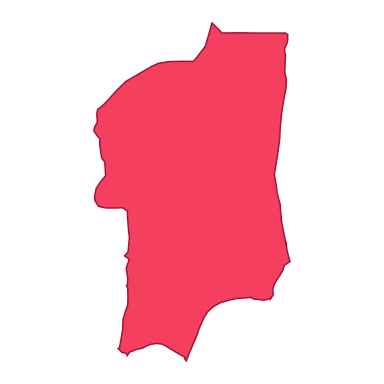 Potupo, River Gee, Liberia (Albers equal-area conic projection)
{"feature_id": "62588387B58359330496040", "entity_name": "Potupo", "entity_type": "district", "adm_level": 2, "iso_a3": "LBR", "parent_name": "Liberia", "parent_adm1": "River Gee", "projection": "albers", "projection_center": [-7.817, 5.334], "detail": "fine", "context": "isolated", "style": "filled", "palette": "rose", "viewbox_px": 384, "rotation_deg": 0, "n_neighbors": 0, "source": "geoboundaries", "source_scale": "gbopen_adm2", "svg_char_len": 2012}
<svg xmlns="http://www.w3.org/2000/svg" viewBox="0 0 384 384"><path d="M98.4,206.1L98.5,206.4L106.2,208.0L113.9,208.0L122.4,207.8L127.3,210.8L127.6,218.3L128.4,228.8L128.9,233.7L129.1,234.7L129.4,237.9L129.0,241.8L128.4,248.2L128.0,252.0L124.6,255.9L129.3,259.3L126.2,268.1L126.8,272.1L127.8,278.9L127.3,285.8L126.6,285.7L127.7,288.1L127.9,293.7L127.9,295.6L127.9,296.0L128.0,296.4L127.7,304.9L125.7,310.5L125.6,310.9L125.4,311.5L123.0,319.6L122.7,329.5L121.0,339.4L119.5,347.7L118.1,348.5L122.0,352.5L126.2,353.3L127.2,355.6L128.5,353.7L129.8,351.9L130.1,351.8L132.3,351.1L137.0,349.3L142.9,348.0L146.6,345.9L150.1,344.6L151.3,344.2L156.6,343.5L161.7,344.0L166.2,346.2L168.9,348.0L172.0,349.8L180.5,354.9L181.9,355.6L183.1,356.3L185.0,357.4L184.5,358.6L186.2,361.0L189.1,353.6L192.9,344.7L197.1,334.9L199.3,328.0L204.2,317.3L207.5,312.0L212.9,306.9L220.2,302.8L230.0,299.9L236.9,298.5L244.8,297.9L250.8,297.4L254.1,299.2L258.1,299.4L264.0,300.2L269.5,298.8L270.7,297.7L270.6,298.8L273.5,294.6L272.9,291.9L272.9,288.5L274.8,283.1L280.3,274.7L283.0,270.0L284.2,265.4L288.9,262.3L290.1,261.2L288.9,257.8L286.8,249.4L286.3,243.6L286.0,244.1L284.5,236.3L281.6,222.0L281.0,215.3L280.1,204.1L277.1,193.1L276.5,186.8L274.3,174.3L276.1,164.2L277.7,153.9L279.7,139.3L280.1,130.0L281.2,116.8L282.6,106.6L284.6,95.5L286.0,88.2L286.4,79.6L284.8,72.4L284.9,68.6L285.2,60.8L285.6,55.5L284.6,51.1L284.8,47.9L286.6,44.3L287.7,40.2L287.8,39.8L287.6,37.4L287.9,34.9L285.4,33.0L282.7,33.1L268.9,33.1L264.9,33.1L261.3,33.1L237.8,32.8L222.1,33.0L214.6,25.5L211.9,23.0L211.2,25.8L208.8,34.3L205.5,45.9L197.2,56.9L193.4,61.4L183.0,61.3L169.5,61.6L158.8,63.2L152.0,66.2L145.9,69.8L141.0,72.6L125.9,81.4L116.6,90.5L111.3,96.4L107.8,100.4L102.3,105.9L97.6,109.5L96.8,113.9L97.3,122.4L94.7,126.7L93.9,130.9L96.9,135.6L99.9,138.9L99.6,144.4L101.6,157.3L101.8,158.2L103.5,160.4L103.8,160.8L104.8,162.1L105.6,175.6L100.6,181.7L98.9,184.3L96.2,188.5L94.7,196.1L95.0,200.8L98.4,206.1Z" fill="#f43f5e" stroke="#9f1239" stroke-width="1.5"/></svg>